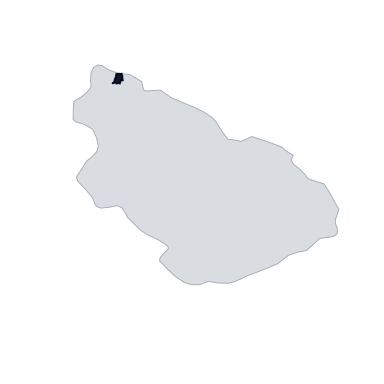 Pemathang, Samdrup Jongkhar, Bhutan (highlighted), rotated 209°
{"feature_id": "84629894B34482076468426", "entity_name": "Pemathang", "entity_type": "district", "adm_level": 2, "iso_a3": "BTN", "parent_name": "Bhutan", "parent_adm1": "Samdrup Jongkhar", "projection": "robinson", "projection_center": [91.762, 26.895], "detail": "fine", "context": "in_parent", "style": "filled", "palette": "ink", "viewbox_px": 384, "rotation_deg": 209, "n_neighbors": 0, "source": "geoboundaries", "source_scale": "gbopen_adm2", "svg_char_len": 3468}
<svg xmlns="http://www.w3.org/2000/svg" viewBox="0 0 384 384"><g transform="rotate(209 192 192)"><path d="M299.5,165.9L299.0,168.2L296.5,174.4L294.9,181.2L296.2,186.7L301.8,193.3L309.3,198.6L318.8,199.0L327.6,197.0L331.1,197.8L335.8,206.6L339.2,214.2L334.6,222.1L332.1,229.0L331.2,233.9L331.8,236.0L334.6,240.0L337.9,246.7L338.4,252.9L336.3,257.1L331.8,259.1L326.9,258.5L323.0,258.6L318.0,259.3L310.2,261.6L303.0,264.6L289.4,264.0L284.0,257.9L281.4,257.9L269.0,265.8L255.6,264.4L231.1,267.1L220.8,267.7L210.3,266.8L205.0,265.1L195.1,259.5L186.2,255.5L177.0,259.2L173.8,259.9L166.5,269.5L150.6,272.6L134.8,274.9L130.1,273.6L121.2,273.1L120.9,270.8L121.2,268.7L119.2,266.9L115.6,265.2L109.4,264.4L101.4,262.0L96.8,259.8L80.6,263.1L71.2,258.1L60.5,251.2L55.1,248.1L53.2,237.4L51.3,234.0L47.1,230.3L44.8,226.1L46.7,221.7L57.4,213.5L58.3,211.6L63.4,196.4L70.2,190.8L77.1,183.1L82.2,170.9L92.2,158.3L103.1,145.5L110.6,135.0L115.5,130.1L125.7,124.8L134.3,121.8L140.2,114.7L147.3,110.8L154.6,109.1L165.5,110.0L175.7,112.5L186.8,116.0L188.1,118.8L187.1,123.8L185.5,128.9L185.4,131.5L187.2,132.9L198.1,133.8L211.5,133.0L219.0,133.8L235.8,138.4L240.7,141.7L245.8,144.2L250.8,143.8L257.2,138.4L263.8,133.8L268.0,133.1L271.0,134.5L276.3,138.9L287.3,143.0L297.2,146.1L300.4,149.1L299.3,161.7L299.5,165.9Z" fill="#d9dde1" stroke="#a8b0b8" stroke-width="1"/><path d="M307.6,251.9L307.6,252.1L307.6,252.3L307.8,252.6L307.9,252.8L307.9,253.0L307.8,253.3L307.9,253.5L308.0,253.7L308.1,253.8L308.3,254.0L308.5,254.1L308.5,254.3L308.5,254.6L308.5,254.8L308.4,254.9L308.4,255.0L308.2,255.1L307.9,255.2L307.8,255.3L307.7,255.4L307.4,255.4L307.3,255.5L307.1,255.7L306.9,255.8L306.7,255.9L306.6,256.0L306.5,256.3L306.5,256.5L306.8,256.6L307.0,256.5L307.1,256.4L307.3,256.3L307.5,256.3L307.6,256.2L307.9,256.1L308.0,256.1L308.3,256.1L308.3,256.3L308.2,256.4L308.2,256.5L307.9,256.6L307.7,256.8L307.6,257.0L307.8,257.2L307.8,257.3L307.9,257.5L307.9,257.8L307.9,258.0L308.0,258.0L308.2,258.3L308.3,258.3L308.4,258.5L308.5,258.5L308.5,258.8L308.6,259.0L308.7,259.3L308.8,259.3L308.8,259.5L309.0,259.8L309.1,260.0L309.3,260.1L309.5,260.2L309.8,260.3L310.0,260.5L310.3,260.7L310.4,260.8L310.5,260.9L310.5,261.0L310.7,261.3L310.8,261.5L310.9,261.4L311.2,261.2L312.6,260.4L314.5,259.2L315.5,258.7L315.5,258.4L315.4,258.4L315.3,258.2L315.3,257.9L315.2,257.7L315.1,257.4L315.0,257.2L315.0,256.9L315.0,256.7L314.9,256.6L314.7,256.5L314.6,256.4L314.5,256.2L314.4,256.1L314.5,255.9L314.5,255.7L314.5,255.4L314.5,255.2L314.4,255.2L314.5,255.1L314.5,254.9L314.5,254.7L314.4,254.4L314.4,254.2L314.3,253.9L314.3,253.7L314.3,253.4L314.2,253.2L314.3,253.1L314.2,253.0L314.1,252.9L314.0,252.6L313.9,252.4L314.0,252.4L314.0,252.2L313.9,252.2L313.9,251.9L313.8,251.7L313.8,251.4L313.7,251.3L313.7,251.2L313.6,250.9L313.6,250.7L313.6,250.4L313.4,250.2L313.5,250.2L313.7,249.8L313.8,249.7L314.0,249.5L314.0,249.3L314.0,249.2L314.2,248.8L314.3,248.8L314.3,248.6L314.2,248.5L313.9,248.6L313.7,248.7L313.6,248.8L313.4,248.9L313.4,249.0L313.3,249.3L313.2,249.4L313.0,249.5L312.9,249.6L312.8,249.8L312.7,250.0L312.4,250.2L312.3,250.3L312.2,250.4L312.1,250.5L311.9,250.5L311.7,250.5L311.4,250.6L311.1,250.6L310.9,250.6L310.7,250.6L310.6,250.4L310.4,250.3L310.4,250.2L310.2,250.3L310.2,250.5L310.0,250.8L309.9,250.9L309.8,251.1L309.6,251.2L309.5,251.3L309.4,251.5L309.2,251.6L308.9,251.6L308.8,251.8L308.6,251.9L308.4,251.8L308.2,252.0L307.8,252.0L307.6,251.9Z" fill="#0f172a" stroke="#020617" stroke-width="1.5"/></g></svg>